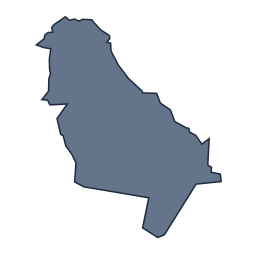 outline of Shafirkan, Bukhoro, Uzbekistan, rotated 183°
{"feature_id": "79887680B37320061840085", "entity_name": "Shafirkan", "entity_type": "district", "adm_level": 2, "iso_a3": "UZB", "parent_name": "Uzbekistan", "parent_adm1": "Bukhoro", "projection": "natural_earth1", "projection_center": [64.292, 40.455], "detail": "fine", "context": "isolated", "style": "filled", "palette": "slate", "viewbox_px": 256, "rotation_deg": 183, "n_neighbors": 0, "source": "geoboundaries", "source_scale": "gbopen_adm2", "svg_char_len": 931}
<svg xmlns="http://www.w3.org/2000/svg" viewBox="0 0 256 256"><g transform="rotate(183 128 128)"><path d="M168.9,66.9L103.6,59.4L108.2,29.0L92.5,20.2L86.1,23.2L57.1,75.5L32.1,79.4L33.4,86.8L42.7,88.2L42.5,93.0L46.4,95.3L46.4,121.6L53.4,115.8L59.9,124.1L66.4,127.3L67.2,130.8L70.1,131.3L81.5,136.8L86.6,148.3L97.0,154.6L101.2,164.1L115.4,163.8L115.9,165.6L130.2,177.6L141.2,190.7L149.0,204.0L149.8,211.8L153.7,212.8L150.9,216.1L151.1,218.9L154.0,220.9L160.2,224.4L167.5,231.5L169.8,234.2L178.8,234.2L182.7,232.2L187.1,234.0L192.2,232.5L196.4,235.8L202.5,231.0L206.9,227.7L209.5,224.5L208.2,219.7L212.8,219.2L215.9,216.5L216.4,212.7L223.9,206.2L216.4,203.9L209.2,203.1L210.2,192.8L209.4,182.5L208.3,178.2L209.6,173.2L209.3,160.6L215.5,151.8L209.8,151.6L207.2,147.0L189.9,148.8L199.4,133.7L194.9,118.1L192.3,116.8L189.2,107.0L182.7,98.7L178.2,90.7L178.4,71.3L168.9,66.9Z" fill="#64748b" stroke="#1e293b" stroke-width="1.5"/></g></svg>